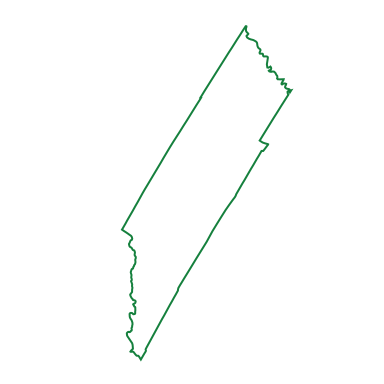 SVG path tracing the border of Tennessee, rotated 120°
{"feature_id": "USA-3551", "entity_name": "Tennessee", "entity_type": "State", "adm_level": 1, "iso_a3": "USA", "parent_name": "United States of America", "parent_adm1": "", "projection": "albers", "projection_center": [-85.336, 35.837], "detail": "fine", "context": "isolated", "style": "outline", "palette": "green", "viewbox_px": 384, "rotation_deg": 120, "n_neighbors": 0, "source": "natural_earth", "source_scale": "10m", "svg_char_len": 5673}
<svg xmlns="http://www.w3.org/2000/svg" viewBox="0 0 384 384"><g transform="rotate(120 192 192)"><path d="M48.6,186.1L48.9,185.2L48.4,183.6L47.4,182.5L46.8,181.3L46.8,180.9L47.2,179.3L48.5,177.3L48.7,176.5L49.0,176.1L49.7,175.6L50.4,175.2L51.1,175.1L51.5,174.2L50.5,172.2L48.5,169.0L49.2,168.8L52.9,168.8L53.4,168.7L53.8,168.4L53.9,167.9L53.6,167.5L52.6,167.2L51.9,166.4L51.4,165.4L51.3,164.5L52.1,164.2L53.1,164.2L54.0,164.1L54.8,163.7L55.2,162.6L55.1,161.5L54.4,159.5L54.5,158.7L54.8,157.9L54.5,157.1L54.3,156.9L56.9,157.0L56.7,157.4L56.3,158.3L56.4,159.1L57.4,159.4L57.9,159.1L58.6,158.5L59.5,157.5L59.6,157.2L66.3,157.5L73.1,157.8L79.8,158.0L86.6,158.3L93.3,158.5L100.1,158.7L106.8,158.9L113.6,159.1L113.7,158.0L113.8,156.2L113.8,155.4L113.3,152.9L112.7,150.6L112.6,150.1L112.6,149.9L112.9,149.8L115.0,150.1L118.4,150.5L120.6,150.8L120.9,150.9L121.1,151.2L121.3,151.8L121.5,152.1L121.7,152.3L121.9,152.3L123.5,152.3L124.0,152.3L125.5,152.3L127.8,152.3L130.8,152.4L134.3,152.4L138.3,152.4L142.5,152.5L146.9,152.5L151.2,152.5L155.4,152.5L159.4,152.6L162.9,152.6L165.9,152.6L168.2,152.6L169.7,152.6L170.2,152.6L171.9,152.6L173.3,152.3L173.6,152.3L175.3,152.3L177.3,152.6L180.0,152.9L184.9,153.4L190.8,153.9L198.6,154.2L207.7,154.5L215.8,154.7L227.7,154.4L237.4,154.7L246.9,155.0L255.8,155.2L263.7,155.4L270.4,155.6L275.6,155.7L278.9,155.8L280.1,155.8L282.0,155.8L283.3,155.4L284.4,154.9L288.5,154.8L292.5,154.8L296.6,154.7L300.7,154.7L304.7,154.6L308.8,154.5L312.9,154.4L316.9,154.4L321.0,154.3L325.0,154.2L329.1,154.1L333.2,154.0L337.2,153.9L341.3,153.8L345.4,153.7L349.4,153.6L351.3,153.5L351.6,153.4L352.4,152.6L352.8,152.5L353.1,152.4L355.8,152.5L359.1,152.5L362.7,152.5L361.0,155.6L360.7,156.6L360.8,156.8L361.4,158.0L361.4,158.4L360.8,160.2L359.9,162.3L359.8,162.8L359.8,163.1L359.8,163.3L360.3,164.1L360.9,164.9L361.0,165.1L361.0,165.3L361.0,165.5L360.8,165.5L359.6,165.4L357.5,164.8L357.3,164.8L357.1,164.9L354.1,167.0L353.1,168.0L352.9,168.2L349.2,175.8L348.9,176.2L348.6,176.6L348.2,176.8L347.6,177.4L347.2,177.6L346.9,177.8L346.6,177.8L346.3,177.8L345.7,177.6L345.4,177.5L345.2,177.4L345.0,177.2L344.9,177.1L344.8,176.8L344.7,176.6L344.7,176.4L344.6,176.1L344.5,175.9L344.4,175.8L344.2,175.7L343.8,175.5L343.2,175.5L342.8,175.4L342.4,175.1L342.2,175.1L341.8,175.1L341.4,175.3L340.2,176.3L339.1,176.4L338.8,176.4L337.9,176.9L336.5,177.3L336.1,177.5L335.5,177.9L334.8,178.4L333.5,179.9L333.1,180.5L332.6,181.6L332.4,182.0L331.8,182.9L331.5,183.2L331.2,183.5L330.9,183.7L329.1,184.9L328.7,185.1L328.2,185.1L327.7,184.9L327.4,184.6L327.2,184.4L327.1,184.2L326.9,183.6L326.8,183.3L326.9,183.0L326.9,182.7L327.1,182.1L327.2,181.9L327.2,181.7L326.4,180.7L326.0,180.5L325.6,180.5L323.8,181.5L322.8,181.9L320.2,183.5L320.0,183.9L320.0,184.6L320.0,184.8L319.8,185.0L319.4,185.5L319.2,185.9L319.1,186.2L318.9,186.6L318.7,186.8L318.4,186.8L318.2,186.7L317.8,186.4L317.2,186.0L316.7,185.8L316.4,185.7L316.0,185.8L315.4,185.9L315.1,186.0L314.8,186.2L314.7,186.5L314.5,186.9L314.5,187.2L314.5,187.5L314.6,188.0L315.0,188.8L315.0,189.0L314.9,189.3L314.4,189.9L314.3,190.1L314.3,190.6L314.2,190.8L314.0,191.3L313.1,192.8L312.1,194.0L311.8,194.2L311.5,194.3L310.9,194.1L309.3,194.0L308.8,193.9L308.6,193.9L308.4,194.0L306.4,195.1L305.0,195.6L304.7,195.7L304.5,195.9L303.5,196.9L303.1,197.1L302.1,197.5L301.8,197.7L301.6,197.9L301.5,198.1L300.7,198.9L299.9,200.0L299.6,200.2L299.3,200.2L299.0,200.1L298.7,200.1L298.3,200.2L297.9,200.4L297.3,200.9L296.9,201.4L296.4,201.9L294.3,202.8L293.9,203.1L293.7,203.3L293.3,203.8L292.4,204.7L292.1,204.9L291.9,205.0L289.3,205.6L289.0,205.6L288.8,205.5L288.5,205.4L288.4,205.2L288.2,205.0L287.9,205.0L287.5,204.9L286.7,205.2L286.3,205.3L285.9,205.3L285.7,205.2L285.2,205.2L284.9,205.3L284.6,205.4L284.4,205.4L284.3,205.5L282.9,205.3L282.6,205.4L281.8,205.6L281.0,205.9L280.1,206.5L279.5,207.0L279.1,207.2L278.8,207.4L277.5,207.6L276.9,207.9L276.6,208.1L276.3,208.3L275.7,209.6L275.5,209.9L275.2,210.2L274.9,210.4L273.3,211.0L272.9,211.2L272.6,211.4L271.8,212.4L271.6,212.6L271.6,212.8L271.5,213.0L271.7,213.8L271.7,214.1L271.7,214.4L271.6,214.6L271.5,214.8L270.8,215.9L270.7,216.1L270.6,216.6L270.5,216.9L270.5,218.4L270.3,218.8L270.0,219.3L269.2,220.0L268.8,220.4L268.5,220.6L268.4,220.6L267.4,220.6L265.2,220.9L264.7,220.9L264.4,220.8L264.2,220.7L263.7,220.3L263.5,220.2L263.1,220.2L262.5,220.4L262.2,220.5L261.3,221.4L260.8,222.0L260.6,222.5L260.4,223.1L260.3,224.7L260.1,226.5L259.9,229.2L259.8,231.5L259.6,233.8L256.1,233.8L252.3,233.8L249.5,233.9L247.9,233.9L242.9,233.9L237.9,233.9L232.9,234.0L227.9,234.0L222.8,234.1L217.8,234.2L212.8,234.2L208.6,234.1L201.6,234.0L195.2,233.9L189.0,233.8L182.8,233.7L176.5,233.7L170.2,233.6L163.9,233.5L157.7,233.3L151.4,233.0L145.1,232.7L138.9,232.5L132.6,232.2L126.3,232.0L120.2,231.8L114.0,231.6L107.7,231.3L106.3,231.3L105.9,231.3L106.1,231.9L105.7,231.9L104.3,231.8L99.1,231.7L94.0,231.5L88.8,231.3L83.6,231.1L78.4,230.9L73.3,230.7L68.1,230.5L62.9,230.3L57.8,230.1L52.6,229.9L47.4,229.6L42.3,229.4L37.1,229.2L31.9,228.9L26.7,228.7L21.6,228.4L21.3,227.8L21.7,227.4L22.5,227.3L23.4,227.0L24.9,226.2L25.6,225.6L26.0,224.9L26.3,224.1L26.5,223.2L26.9,222.3L27.9,222.4L28.9,222.7L29.7,222.8L30.6,221.6L30.8,219.6L30.5,217.6L29.8,215.1L29.7,214.2L29.7,211.9L30.0,210.8L30.5,210.1L32.7,208.4L33.3,207.7L33.8,207.0L34.1,206.2L34.2,204.9L34.4,204.1L34.9,203.6L35.8,203.4L36.8,203.3L37.7,203.1L38.2,202.5L37.7,201.3L37.1,200.4L37.0,199.8L37.3,199.4L38.0,198.9L38.7,198.1L38.7,197.5L37.7,196.0L37.2,194.8L37.2,194.0L37.8,193.4L44.0,191.0L46.5,189.0L46.2,188.1L45.2,187.3L44.2,186.8L44.6,185.9L45.2,185.3L46.0,185.0L46.9,184.9L48.0,185.9L48.6,186.1Z" fill="none" stroke="#15803d" stroke-width="2"/></g></svg>